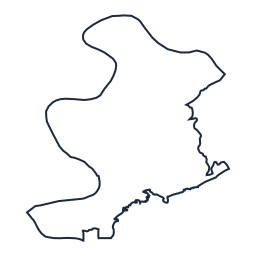 Ceatalchioi, Tulcea, Romania (Mercator projection)
{"feature_id": "2599482B17078963684272", "entity_name": "Ceatalchioi", "entity_type": "district", "adm_level": 2, "iso_a3": "ROU", "parent_name": "Romania", "parent_adm1": "Tulcea", "projection": "mercator", "projection_center": [28.823, 45.276], "detail": "fine", "context": "isolated", "style": "outline", "palette": "slate", "viewbox_px": 256, "rotation_deg": 0, "n_neighbors": 0, "source": "geoboundaries", "source_scale": "gbopen_adm2", "svg_char_len": 5796}
<svg xmlns="http://www.w3.org/2000/svg" viewBox="0 0 256 256"><path d="M224.8,74.2L216.4,65.9L212.0,59.2L208.0,54.7L204.7,52.6L202.8,52.1L196.7,50.5L189.2,52.4L180.6,52.5L167.7,49.2L158.0,42.9L152.3,37.6L144.9,28.0L140.1,21.3L138.0,19.3L131.4,15.8L123.2,15.4L121.7,15.6L112.2,16.1L101.0,20.3L93.3,24.7L87.9,28.5L86.0,30.1L84.0,32.6L82.9,35.7L83.3,39.6L86.0,43.5L91.3,46.7L98.4,49.5L104.5,52.5L112.9,58.6L115.2,61.8L116.0,63.6L116.2,66.0L115.5,70.3L113.4,75.9L110.7,81.1L104.4,88.9L100.3,95.3L96.5,97.7L91.1,99.2L84.4,100.0L74.9,99.2L65.6,98.7L60.3,99.2L56.1,100.5L52.7,102.4L48.7,106.3L46.1,111.3L46.2,116.3L46.9,121.6L51.7,131.6L59.5,146.4L63.2,150.7L67.6,154.1L70.7,157.1L74.4,157.7L79.5,159.6L84.5,161.9L88.7,166.2L92.2,168.6L95.9,173.4L97.1,175.7L98.6,176.0L98.8,176.7L99.6,181.6L99.6,184.7L99.5,185.9L99.0,187.6L98.6,188.6L96.9,191.4L96.0,192.5L95.2,193.3L93.8,194.4L92.8,195.0L88.1,196.7L86.3,197.6L84.9,198.1L83.6,198.5L82.6,198.7L58.7,201.1L43.0,204.8L42.0,204.9L41.7,205.1L40.9,205.3L35.9,206.0L35.3,206.1L27.0,212.4L29.9,215.8L31.7,218.2L33.5,220.1L35.1,222.7L36.9,226.4L38.7,229.7L41.2,233.1L42.9,234.6L45.5,236.6L48.8,237.3L53.7,238.1L57.8,238.2L61.7,238.2L62.2,238.1L64.2,238.0L68.5,237.9L75.4,238.3L78.1,238.7L80.5,239.4L82.9,240.5L83.4,240.6L83.5,235.2L83.4,234.6L83.5,233.5L83.4,233.1L82.8,230.7L83.4,230.6L85.7,231.0L86.8,231.4L87.0,231.3L87.4,231.2L87.9,231.1L88.3,230.8L88.5,230.7L88.8,230.2L89.0,230.0L89.3,229.9L89.8,229.8L90.3,229.8L90.8,229.8L91.4,229.8L91.9,229.6L92.3,229.4L92.3,229.0L92.4,228.8L92.8,228.6L94.2,228.4L96.0,228.4L96.4,228.7L96.8,228.8L98.5,229.2L98.3,232.4L98.3,232.7L98.4,233.0L98.3,236.4L98.4,236.9L98.6,238.2L99.3,238.1L111.0,238.1L111.1,237.6L111.4,237.3L113.1,235.6L113.2,235.2L113.4,234.8L113.6,233.5L113.8,232.4L113.8,231.0L113.7,230.0L113.4,228.8L112.9,227.6L112.8,227.2L112.9,226.8L112.9,226.4L112.9,225.7L113.8,223.9L114.3,222.9L114.8,222.3L115.4,221.8L116.1,221.6L116.5,221.3L117.0,221.1L117.5,221.2L117.8,221.1L118.0,220.9L118.0,220.2L117.6,219.5L117.2,219.1L116.5,219.1L115.0,219.5L114.7,219.3L114.5,218.9L114.8,218.7L117.1,216.3L122.0,213.1L122.7,212.2L123.1,211.9L123.4,211.5L123.3,211.1L123.0,210.2L123.0,209.4L123.2,208.7L123.3,208.5L123.4,208.2L123.4,207.9L123.5,207.8L123.8,207.6L124.1,207.7L124.4,208.0L124.5,208.8L124.3,209.1L124.1,209.5L124.1,209.9L124.3,210.4L124.5,210.7L124.8,210.7L125.1,210.5L125.5,210.1L125.9,209.9L126.1,210.0L126.6,210.4L126.9,210.5L127.2,210.3L127.1,209.8L126.9,209.5L126.3,209.5L125.7,209.3L125.3,209.0L125.3,208.6L126.2,207.0L126.7,206.8L127.4,207.0L128.0,207.4L128.3,207.1L128.3,206.9L128.3,206.5L128.7,205.6L129.0,205.2L129.3,205.1L130.1,205.4L130.3,205.3L130.5,205.1L130.7,204.3L130.9,203.8L131.3,203.4L132.4,202.6L132.9,202.4L134.4,202.4L135.6,202.7L136.8,202.5L136.8,202.2L136.7,201.9L135.7,201.9L135.2,201.5L135.1,201.3L135.4,200.8L136.2,200.0L136.7,200.2L137.9,200.2L138.4,200.2L138.8,200.3L139.3,200.6L139.6,201.3L139.7,202.0L140.1,203.2L140.3,202.9L140.3,202.6L140.7,202.0L141.0,201.7L142.3,201.5L142.8,201.6L143.2,201.8L143.5,201.8L143.8,201.8L144.2,201.5L145.2,202.0L145.7,201.8L145.7,201.6L145.7,201.0L145.8,200.8L146.1,200.7L146.4,200.7L146.8,200.9L147.5,200.4L147.8,199.8L147.9,199.4L147.8,199.1L147.3,199.1L147.1,199.0L147.0,198.7L146.8,198.2L146.7,197.8L146.5,197.4L146.6,197.2L146.9,196.9L147.2,197.0L147.3,197.1L147.8,197.8L148.2,197.8L148.4,197.7L148.8,197.4L149.1,196.9L149.0,196.5L148.0,196.2L147.9,196.0L148.0,195.9L148.3,195.6L148.5,195.4L148.9,195.3L148.8,195.2L148.0,194.0L147.6,193.5L147.2,193.1L146.3,193.1L145.8,192.9L145.4,192.7L144.0,192.1L143.3,191.8L143.4,191.4L143.7,191.4L145.0,190.7L145.7,190.4L145.9,190.5L146.1,190.8L146.3,190.9L146.6,190.7L146.8,190.2L147.0,190.0L148.1,190.0L148.7,189.8L149.0,189.6L149.7,189.7L150.0,189.9L150.1,190.3L149.9,190.9L149.9,191.2L150.1,191.5L150.5,191.9L151.2,192.1L152.2,192.7L152.8,193.6L153.1,194.0L153.5,194.4L154.0,194.5L154.6,194.4L155.0,194.7L155.5,194.6L155.9,194.4L156.3,194.3L157.0,194.7L157.4,194.8L158.1,195.1L159.1,195.7L160.1,196.2L162.6,197.3L163.1,197.7L163.5,198.1L163.8,198.6L163.8,198.8L163.3,199.2L163.2,199.6L163.2,200.1L163.1,200.6L163.3,200.9L164.1,201.6L164.2,201.8L164.6,202.1L165.0,202.3L166.3,202.6L167.0,202.7L167.5,202.6L167.7,202.3L167.7,201.9L167.9,201.5L168.0,200.0L167.9,199.2L167.5,198.6L167.6,197.6L167.4,197.1L167.5,196.8L167.6,196.6L168.7,196.5L170.2,195.9L173.5,194.5L175.4,194.1L177.1,193.5L177.9,193.5L178.6,193.3L179.1,193.0L179.9,192.7L180.6,192.6L182.1,192.2L183.5,191.5L183.8,189.7L184.4,189.6L184.7,189.6L185.0,189.9L185.2,189.4L185.6,189.0L186.0,188.9L186.8,188.9L187.0,188.7L187.3,188.6L187.7,188.9L188.2,189.0L188.4,189.0L188.6,189.1L188.9,189.1L189.4,188.9L189.7,188.9L189.9,189.1L190.2,189.3L190.4,189.1L190.8,188.4L191.1,188.2L191.5,188.3L191.8,188.3L192.6,187.7L193.8,187.9L194.1,187.7L194.4,187.3L198.0,187.1L197.9,186.3L202.9,183.2L204.6,182.2L206.6,181.2L215.8,177.5L217.5,175.7L219.2,174.4L224.8,170.8L229.0,168.8L226.8,164.7L224.0,161.9L221.1,162.4L219.1,164.4L217.9,164.7L215.8,161.9L214.7,162.0L214.0,162.7L213.3,165.1L211.6,168.0L211.3,169.4L212.6,173.5L210.3,174.6L206.7,175.1L206.9,173.5L208.6,171.3L209.3,167.7L208.8,166.1L206.3,162.1L206.7,159.7L206.1,157.4L205.8,156.6L204.5,156.3L203.2,155.2L202.8,153.7L200.7,152.9L199.8,152.3L198.2,149.1L198.4,146.8L199.8,145.1L200.2,143.6L199.8,138.7L201.0,136.1L200.7,134.6L197.2,130.3L196.2,129.4L194.6,128.4L194.0,126.2L194.1,124.5L194.6,123.1L196.8,120.6L196.9,119.0L195.6,118.1L193.1,118.8L189.6,119.3L192.2,116.7L192.6,115.3L192.8,112.4L192.3,109.1L191.6,107.7L190.3,107.6L188.1,105.4L186.4,104.8L193.1,100.9L197.3,97.4L199.5,94.6L200.6,91.0L201.4,90.5L203.5,90.2L204.6,88.7L206.1,88.7L208.4,85.9L211.3,84.2L213.6,83.1L217.8,81.2L219.7,80.3L220.6,79.5L222.7,76.7L224.8,74.2Z" fill="none" stroke="#1e293b" stroke-width="2"/></svg>